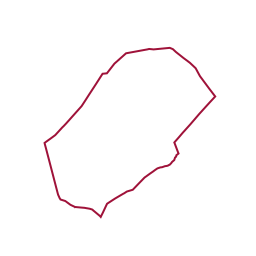 outline of Santa María Yosoyúa, Oaxaca, Mexico, rotated 244°
{"feature_id": "50627088B36339688487360", "entity_name": "Santa María Yosoyúa", "entity_type": "district", "adm_level": 2, "iso_a3": "MEX", "parent_name": "Mexico", "parent_adm1": "Oaxaca", "projection": "mercator", "projection_center": [-97.509, 17.107], "detail": "fine", "context": "isolated", "style": "outline", "palette": "rose", "viewbox_px": 256, "rotation_deg": 244, "n_neighbors": 0, "source": "geoboundaries", "source_scale": "gbopen_adm2", "svg_char_len": 1267}
<svg xmlns="http://www.w3.org/2000/svg" viewBox="0 0 256 256"><g transform="rotate(244 128 128)"><path d="M118.1,220.2L127.0,218.4L143.0,215.4L152.1,215.0L159.5,212.2L166.3,208.7L175.3,204.4L179.2,202.9L181.7,200.7L187.4,185.5L189.8,181.6L190.1,180.1L196.0,159.0L191.8,144.0L186.4,133.0L187.9,128.9L181.2,117.9L175.1,107.7L171.1,101.1L168.0,95.9L159.2,74.4L157.8,70.7L157.7,70.3L157.3,69.1L153.5,59.5L152.2,52.4L152.2,52.2L151.2,46.5L150.6,46.3L145.4,45.3L132.4,42.7L117.0,39.6L108.6,37.9L99.1,36.0L98.0,35.9L97.3,35.9L96.7,35.9L96.4,35.9L95.4,35.8L93.3,36.0L89.9,39.6L84.2,42.6L80.3,45.7L80.2,45.7L80.2,45.8L76.2,52.4L76.1,52.6L75.4,53.8L74.0,55.7L73.8,56.0L72.2,58.2L70.4,60.1L69.3,60.6L69.1,60.6L68.3,61.0L68.1,61.1L61.4,64.1L60.0,64.5L61.9,66.9L62.0,67.1L63.1,68.5L68.5,75.2L69.1,76.0L70.1,84.0L70.3,85.8L70.8,92.2L71.0,94.9L71.0,95.9L71.4,99.1L70.4,105.2L73.7,114.2L76.2,121.1L77.4,128.1L77.9,131.4L78.3,133.5L78.8,136.7L78.6,138.3L78.4,139.8L77.8,141.5L77.5,144.4L76.9,146.3L76.7,147.3L76.8,148.7L76.7,149.3L77.4,151.3L78.2,152.8L78.9,155.5L80.8,157.3L81.2,158.7L82.3,159.5L82.9,162.2L94.7,163.3L97.5,170.0L99.6,174.8L104.0,185.7L107.5,193.8L109.4,198.2L109.6,198.7L111.6,203.7L115.0,212.2L118.1,220.2Z" fill="none" stroke="#9f1239" stroke-width="2"/></g></svg>